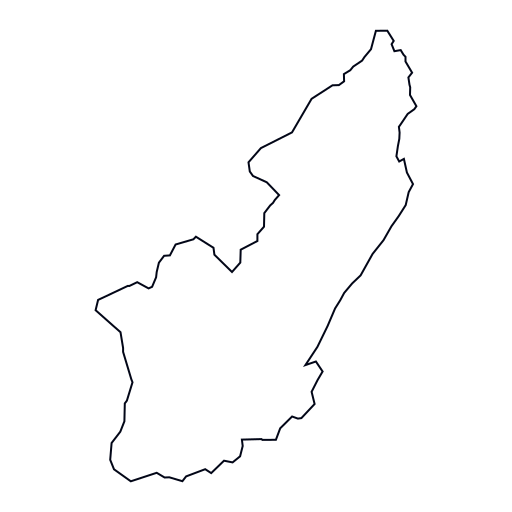 Oruk Anam, Akwa Ibom, Nigeria (Natural Earth projection)
{"feature_id": "59680162B34726688570577", "entity_name": "Oruk Anam", "entity_type": "district", "adm_level": 2, "iso_a3": "NGA", "parent_name": "Nigeria", "parent_adm1": "Akwa Ibom", "projection": "natural_earth1", "projection_center": [7.671, 4.827], "detail": "fine", "context": "isolated", "style": "outline", "palette": "ink", "viewbox_px": 512, "rotation_deg": 0, "n_neighbors": 0, "source": "geoboundaries", "source_scale": "gbopen_adm2", "svg_char_len": 1612}
<svg xmlns="http://www.w3.org/2000/svg" viewBox="0 0 512 512"><path d="M375.9,30.8L371.0,49.2L364.4,57.1L362.1,60.6L353.2,66.6L350.3,70.2L343.9,74.1L344.1,81.3L338.9,85.1L332.5,85.3L311.6,98.8L309.5,102.4L292.0,132.4L260.9,148.1L248.5,162.3L249.8,171.5L253.0,176.0L266.8,182.3L279.1,195.1L274.8,200.0L273.0,202.9L270.2,205.4L264.3,213.1L264.0,226.7L257.4,234.2L257.4,241.0L240.7,249.7L240.3,262.6L232.0,272.0L214.4,254.7L213.5,247.8L195.9,236.7L193.4,239.3L175.6,244.5L169.9,255.4L164.1,255.8L158.9,262.7L156.7,272.0L156.1,277.3L152.1,286.8L148.6,288.4L137.2,282.2L129.3,286.0L127.8,285.9L102.4,297.9L98.1,299.9L95.6,310.2L113.2,325.8L120.5,332.2L123.1,348.0L123.1,351.9L131.3,379.2L132.5,382.3L126.9,400.6L124.8,403.4L124.4,421.3L120.3,431.7L111.6,443.0L110.2,459.8L114.0,469.3L130.8,481.3L156.7,472.8L164.6,477.5L169.3,477.3L182.4,481.2L186.1,476.4L205.2,469.2L211.2,473.1L224.0,460.7L232.6,462.4L240.1,456.3L242.7,446.0L241.9,439.6L261.5,439.1L262.4,439.9L275.9,439.8L280.2,428.3L292.1,416.5L297.9,418.6L301.4,418.1L314.6,404.0L311.6,391.8L317.6,380.0L322.6,371.5L315.9,361.5L305.4,365.1L317.4,346.9L327.6,326.0L335.1,308.4L340.2,300.3L344.2,292.9L352.2,283.4L360.6,275.4L372.6,253.9L383.5,240.2L391.5,226.2L398.7,216.1L405.7,205.1L408.7,192.1L413.0,184.1L406.9,172.5L403.9,158.9L399.2,161.5L396.4,156.3L397.9,146.1L399.3,138.9L399.6,132.6L398.9,126.8L400.2,125.0L407.7,113.9L414.3,109.2L416.4,106.2L410.0,95.0L410.2,87.3L409.5,84.8L408.4,77.4L412.1,72.7L405.5,61.5L405.5,56.8L403.5,54.7L400.7,50.1L394.4,51.2L391.6,44.2L393.7,40.9L387.3,30.7L375.9,30.8Z" fill="none" stroke="#020617" stroke-width="2"/></svg>